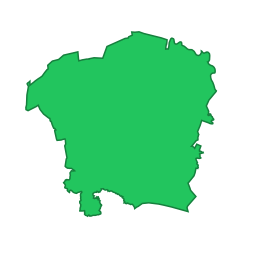 the district of Ometepec, Guerrero, Mexico, rotated 169°
{"feature_id": "50627088B84554678203253", "entity_name": "Ometepec", "entity_type": "district", "adm_level": 2, "iso_a3": "MEX", "parent_name": "Mexico", "parent_adm1": "Guerrero", "projection": "natural_earth1", "projection_center": [-98.323, 16.673], "detail": "fine", "context": "isolated", "style": "filled", "palette": "green", "viewbox_px": 256, "rotation_deg": 169, "n_neighbors": 0, "source": "geoboundaries", "source_scale": "gbopen_adm2", "svg_char_len": 5648}
<svg xmlns="http://www.w3.org/2000/svg" viewBox="0 0 256 256"><g transform="rotate(169 128 128)"><path d="M41.3,189.6L41.5,188.0L42.9,186.4L43.9,185.8L45.0,185.7L46.6,186.5L47.1,187.0L47.5,188.0L48.3,190.2L48.7,190.9L49.8,192.1L50.4,192.7L53.1,193.3L53.8,193.6L54.7,194.3L55.7,195.7L57.2,197.5L59.0,198.7L59.3,199.1L59.1,201.4L59.2,201.9L59.5,202.3L60.1,202.5L60.9,202.5L63.0,201.5L64.4,201.1L65.2,201.3L65.8,201.8L66.1,202.3L66.2,203.1L66.1,206.3L66.4,206.9L67.7,207.8L68.2,207.8L68.9,207.4L69.8,206.2L71.1,204.2L71.5,203.1L72.3,200.3L73.4,197.9L74.9,198.2L75.9,198.3L75.3,200.6L74.4,202.9L74.2,202.8L73.9,203.5L72.8,207.1L78.1,210.1L94.4,217.7L98.8,220.3L103.0,220.7L106.0,221.5L106.1,218.3L109.9,217.4L110.7,216.3L112.9,216.4L113.7,216.5L133.1,212.0L139.5,201.3L147.9,203.4L153.0,203.4L153.0,203.1L153.5,203.1L155.2,203.5L160.1,203.6L163.4,203.3L163.4,205.5L162.7,212.3L177.3,211.8L183.0,208.5L189.5,208.1L194.8,204.9L195.1,201.3L196.4,200.7L199.1,198.4L202.4,195.3L205.2,194.0L206.4,193.6L210.5,191.7L210.9,191.4L216.1,188.7L215.4,192.6L216.5,191.9L218.1,191.2L218.6,190.6L217.8,187.8L220.9,179.7L223.2,170.0L224.3,167.7L224.6,165.5L222.8,164.1L213.9,166.6L211.8,167.5L210.8,162.9L208.2,157.8L203.9,152.9L202.9,152.3L203.0,150.1L202.6,149.6L202.7,149.4L202.2,149.1L201.9,147.2L201.8,145.8L201.0,142.0L200.5,141.9L199.9,141.5L199.2,139.9L200.4,139.8L200.5,138.4L200.3,130.7L200.0,129.4L196.2,129.0L195.3,129.0L194.7,129.2L192.0,129.3L191.8,128.1L192.2,124.2L193.5,122.5L193.6,110.3L194.5,109.4L197.0,102.4L196.3,101.3L196.1,101.2L195.2,100.2L193.7,99.8L193.1,99.5L191.3,99.2L190.2,98.0L189.1,97.0L188.6,96.2L190.2,96.3L191.7,96.8L191.9,96.7L192.3,96.1L193.5,95.0L193.7,92.3L194.2,91.3L194.7,89.3L195.4,88.5L196.0,88.4L197.1,88.7L197.8,89.1L198.4,89.0L198.8,88.6L199.1,88.9L199.3,88.9L200.8,87.0L201.6,86.8L201.6,86.6L201.4,86.0L201.0,85.5L200.7,85.1L200.7,84.7L200.4,84.1L200.6,83.0L201.2,82.2L201.4,81.7L201.4,81.4L201.2,81.2L199.2,80.0L199.0,79.5L199.5,78.3L199.4,78.0L198.9,77.2L197.8,75.9L197.6,76.1L197.3,77.4L196.6,77.9L196.3,77.9L195.8,77.7L195.1,77.1L194.7,76.3L193.8,75.2L192.6,74.4L191.1,73.7L190.8,73.7L189.7,74.3L188.2,74.3L187.7,74.5L187.3,74.4L186.1,74.7L185.7,74.5L185.6,74.3L185.6,73.6L186.3,73.0L187.0,72.5L187.2,72.0L187.6,70.3L187.5,69.3L188.0,67.8L187.9,66.8L188.1,65.7L189.3,65.3L189.4,65.0L189.6,63.6L189.0,61.9L189.0,61.5L189.2,61.3L189.3,60.4L190.3,58.4L190.7,56.6L191.1,56.0L191.1,55.7L187.6,55.1L186.8,55.3L186.6,55.2L186.4,55.0L186.4,54.5L186.8,53.1L186.6,52.5L187.0,52.0L187.1,51.7L186.4,50.5L185.0,49.7L184.4,49.1L183.3,50.0L182.9,50.0L182.7,49.7L182.3,48.8L181.9,48.7L181.3,48.9L180.5,48.6L179.6,48.9L179.0,49.0L176.7,48.5L174.3,48.7L173.3,48.4L172.0,48.9L171.4,48.8L171.1,49.0L170.9,49.5L170.8,50.4L171.0,51.3L171.7,51.7L171.7,52.5L172.0,52.7L171.4,53.2L171.2,53.7L170.9,54.1L170.6,54.2L170.0,55.6L168.6,57.3L168.9,58.0L169.1,58.2L169.5,58.2L169.8,60.0L170.0,60.2L170.1,60.8L169.8,61.0L169.7,61.5L169.3,61.8L170.7,63.4L171.0,63.3L171.1,63.8L171.0,64.3L170.5,64.1L169.9,64.1L170.3,65.4L170.3,65.9L170.4,66.2L170.5,66.2L170.8,65.9L171.3,66.1L171.7,65.9L171.6,65.3L172.1,65.0L172.5,65.6L172.5,65.9L172.8,65.6L172.9,65.1L174.2,65.5L174.4,65.2L175.3,65.8L174.5,67.1L174.8,67.4L174.9,68.1L174.6,68.2L175.0,68.4L175.1,70.0L174.6,70.5L173.0,71.2L171.4,70.9L171.4,71.2L170.5,71.8L170.1,71.5L170.3,71.4L170.1,71.1L169.5,70.8L169.0,70.8L169.0,70.5L168.5,70.6L167.9,70.5L167.6,71.0L167.4,71.1L165.8,72.5L165.7,72.8L165.8,73.3L164.5,73.1L164.1,73.2L163.8,73.1L164.0,73.3L163.6,73.0L163.7,72.6L162.6,71.7L162.0,71.4L160.4,71.5L160.0,70.8L159.6,70.8L159.4,70.5L159.5,70.1L159.3,70.2L158.5,69.3L157.6,69.4L157.1,69.6L156.5,69.3L156.0,69.3L154.9,68.0L154.7,68.0L154.4,67.7L153.7,67.4L152.6,66.6L152.5,66.1L151.9,66.1L151.0,65.0L150.6,65.3L149.9,64.7L149.3,64.1L149.1,63.5L148.2,62.5L147.5,62.6L146.7,61.9L146.9,61.9L147.1,61.5L146.9,60.7L145.8,59.7L145.9,59.4L145.6,58.9L145.6,58.4L146.1,57.3L145.3,56.5L146.2,55.3L145.2,55.1L144.8,54.4L144.3,54.4L143.8,54.0L143.3,54.1L143.3,54.3L142.7,54.4L141.4,53.3L140.7,53.0L140.1,52.4L138.5,52.4L138.1,52.1L136.8,49.2L136.8,47.6L134.6,48.7L133.0,49.1L128.4,51.2L121.9,50.6L112.4,47.5L107.7,45.5L100.4,42.2L85.0,34.5L85.3,38.5L84.3,40.1L74.4,47.8L78.4,54.8L78.8,57.9L79.6,62.5L78.7,63.1L72.4,68.4L70.7,71.3L69.0,75.5L67.2,75.0L67.0,75.7L66.6,75.9L66.8,77.0L66.4,77.4L66.3,78.0L66.5,78.9L67.2,79.4L67.3,79.7L66.8,80.7L66.5,80.8L67.3,84.4L67.1,85.1L66.9,85.2L65.5,85.2L63.9,84.5L62.3,84.6L62.2,84.7L62.9,86.3L62.6,87.1L62.5,88.1L62.8,88.7L62.7,89.0L58.9,89.3L59.0,89.9L59.5,89.8L59.8,90.0L60.1,90.4L61.2,91.4L62.2,91.4L62.2,91.7L62.0,92.0L62.1,92.4L62.2,92.6L59.9,96.4L63.6,99.0L66.4,95.3L67.0,96.5L67.6,96.9L67.9,97.7L68.2,97.9L69.0,98.0L63.4,102.6L61.6,103.0L61.2,105.5L59.8,108.2L59.9,108.3L60.4,111.2L56.8,116.6L54.2,121.4L47.9,117.7L46.9,116.9L45.4,116.2L44.1,116.0L43.9,116.1L43.8,116.9L44.8,118.2L45.0,118.5L45.0,118.8L44.2,119.6L42.9,119.5L42.3,119.8L42.2,120.3L42.9,121.5L43.1,122.8L44.0,124.0L44.2,125.7L44.4,126.0L44.8,126.0L45.7,125.0L46.0,124.9L46.6,124.9L47.0,125.5L47.0,125.9L46.0,126.9L46.1,127.0L45.9,128.4L45.6,129.0L46.9,134.7L43.2,140.0L34.6,147.0L34.2,147.6L35.0,148.8L35.3,149.7L35.6,153.8L36.1,156.7L37.0,159.3L37.2,161.4L37.0,163.5L36.7,164.3L36.4,164.8L35.2,165.5L34.6,165.7L34.1,165.7L32.7,165.5L32.2,165.6L32.0,165.9L31.6,167.1L31.4,169.0L31.5,169.7L32.0,171.2L32.8,172.3L33.4,172.9L34.6,173.6L36.0,174.7L36.8,176.0L36.7,176.3L37.2,177.6L36.7,177.6L36.0,178.1L35.0,179.3L34.0,183.3L33.9,184.1L33.9,185.5L35.0,187.1L35.7,187.4L36.6,187.2L36.7,187.5L39.1,186.9L39.7,187.3L40.3,188.0L40.8,189.1L41.3,189.6Z" fill="#22c55e" stroke="#15803d" stroke-width="1.5"/></g></svg>